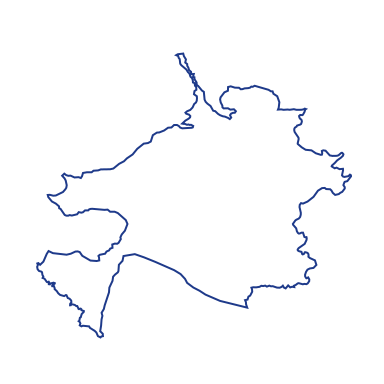 Thota-ea-Moli, Maseru, Lesotho, rotated 86°
{"feature_id": "5366337B11591763594047", "entity_name": "Thota-ea-Moli", "entity_type": "district", "adm_level": 2, "iso_a3": "LSO", "parent_name": "Lesotho", "parent_adm1": "Maseru", "projection": "orthographic", "projection_center": [27.504, -29.453], "detail": "fine", "context": "isolated", "style": "outline", "palette": "blue", "viewbox_px": 384, "rotation_deg": 86, "n_neighbors": 0, "source": "geoboundaries", "source_scale": "gbopen_adm2", "svg_char_len": 5951}
<svg xmlns="http://www.w3.org/2000/svg" viewBox="0 0 384 384"><g transform="rotate(86 192 192)"><path d="M329.6,290.9L327.2,290.9L324.5,293.3L318.9,292.0L312.7,291.1L309.3,290.0L306.2,290.6L302.6,288.1L299.0,287.0L286.3,281.8L281.6,281.1L275.1,277.5L271.0,276.6L269.0,274.5L267.0,271.6L265.7,270.9L259.5,270.0L255.8,266.1L251.1,264.8L250.0,253.4L253.8,244.5L259.1,233.6L268.7,215.3L273.1,209.1L278.2,205.0L282.3,203.2L287.4,197.3L291.0,191.4L295.3,185.7L302.6,171.6L311.2,145.0L307.8,145.9L305.6,145.9L303.6,146.6L303.2,144.1L300.3,143.0L299.4,141.2L295.7,138.9L293.3,138.9L291.6,139.4L291.3,137.6L291.6,134.7L291.3,131.2L290.4,129.4L290.8,127.6L290.5,125.5L291.6,123.9L290.8,121.4L291.6,119.8L291.6,118.0L293.3,113.9L293.6,111.2L292.9,109.2L291.8,107.9L293.8,106.9L294.7,105.3L291.9,102.6L294.0,100.7L293.5,98.7L294.0,96.6L292.6,96.8L291.9,94.9L290.6,93.0L290.4,91.9L291.8,87.8L291.5,86.5L291.9,84.2L291.2,82.9L289.1,81.3L287.3,81.1L285.3,82.1L286.1,83.6L286.0,84.0L284.2,85.0L282.5,85.0L279.6,83.8L277.5,82.2L276.5,79.8L276.2,76.1L273.4,73.0L268.8,74.1L266.1,79.0L264.7,80.4L263.0,80.1L261.9,80.3L260.8,81.0L260.0,82.9L260.0,83.7L261.5,84.6L262.0,85.8L261.6,86.4L259.3,87.0L258.6,89.2L257.9,90.3L257.4,90.6L256.7,90.6L255.4,89.5L251.6,83.2L247.8,81.1L246.1,80.8L245.0,81.0L245.1,82.0L244.7,83.0L240.3,84.1L240.2,85.7L240.9,87.4L240.9,88.4L240.2,89.2L238.5,90.1L235.5,90.6L231.8,93.4L230.9,93.6L227.6,90.9L226.9,89.8L226.0,87.4L224.5,85.9L222.3,85.1L220.3,84.9L214.5,85.8L212.3,85.4L210.7,84.0L211.3,82.1L209.6,77.4L205.3,71.1L199.5,66.3L197.2,62.0L197.2,59.3L198.4,58.0L198.9,54.0L200.2,52.8L202.7,51.6L204.9,49.4L204.3,45.7L203.2,44.2L202.3,42.1L199.2,39.4L197.8,39.3L195.7,40.5L192.9,39.3L192.5,38.9L192.0,36.3L187.5,32.3L186.4,32.3L185.7,33.2L187.1,34.9L187.6,39.0L187.0,40.4L185.8,41.2L180.9,39.8L179.4,39.8L179.5,43.2L177.8,46.1L178.3,48.0L176.2,50.9L175.4,50.6L173.0,47.5L170.6,45.0L168.2,41.1L166.4,38.9L164.9,38.3L163.5,39.3L163.3,39.7L163.5,40.5L165.6,43.3L166.0,45.0L165.8,49.3L165.1,52.0L160.1,55.9L159.6,58.2L160.1,59.6L162.5,59.4L163.8,59.8L163.9,60.9L162.0,65.8L158.8,69.9L157.8,75.7L155.1,79.4L151.5,83.1L150.9,83.2L146.6,81.9L145.2,82.0L139.3,85.4L137.7,85.7L136.3,85.6L135.0,84.9L134.0,83.1L133.1,82.6L132.2,79.1L131.7,78.4L129.5,77.5L128.2,77.6L127.4,77.9L126.6,78.9L125.4,79.6L123.7,79.9L122.7,78.7L123.0,76.6L122.7,76.0L120.0,74.2L117.6,73.3L117.2,72.6L116.7,73.7L117.3,74.9L117.6,76.9L117.3,82.1L116.5,84.6L116.8,88.7L116.4,91.0L116.4,94.9L115.8,97.3L115.8,100.5L113.9,99.6L108.5,98.6L102.4,100.3L99.7,103.9L97.2,104.6L97.1,106.2L95.4,108.5L90.4,122.1L91.3,124.1L91.0,125.5L92.0,126.9L92.3,128.7L92.3,132.3L92.9,134.4L92.9,136.2L91.3,137.8L90.9,141.9L89.3,146.0L89.8,148.7L93.5,149.1L94.8,152.7L99.6,156.9L101.6,157.5L104.7,157.1L107.9,155.7L109.7,155.7L110.8,154.6L111.0,150.3L112.5,148.0L112.4,144.4L114.5,142.6L115.9,143.7L115.9,145.7L116.6,147.6L118.0,148.7L120.5,147.7L121.9,149.2L120.6,150.9L119.1,153.9L118.6,156.0L117.3,158.7L115.8,160.7L113.0,163.2L112.4,165.2L107.5,167.5L104.9,170.5L103.0,172.1L100.7,173.0L92.9,173.2L91.5,175.0L86.7,178.4L85.5,179.8L83.0,179.8L79.7,181.6L77.7,181.6L77.4,183.0L74.4,182.0L74.4,184.5L72.0,184.6L70.2,186.4L67.6,187.0L65.9,187.9L64.0,187.9L62.4,189.7L59.3,188.8L55.9,190.6L53.3,191.1L53.6,196.6L54.4,198.2L55.4,196.3L57.3,195.9L58.6,195.0L63.2,194.8L64.8,193.8L69.4,189.1L72.1,187.7L73.6,186.3L76.8,185.5L78.6,183.9L81.0,183.4L82.8,183.4L83.6,181.8L86.2,181.6L87.6,180.5L90.3,180.5L91.5,182.5L94.6,183.2L96.8,180.5L98.8,180.5L101.3,180.9L103.0,181.8L104.4,183.7L107.7,185.5L110.0,188.0L111.1,191.2L112.4,193.0L113.5,192.3L114.6,189.6L116.1,188.4L117.4,188.7L118.6,190.2L120.3,193.6L123.1,197.0L123.5,195.4L123.4,194.7L124.6,192.3L124.4,190.8L124.9,189.9L124.9,188.3L126.2,186.2L127.6,186.7L127.9,187.8L127.8,197.3L126.9,199.3L125.3,200.5L124.1,202.3L123.9,205.2L126.2,208.0L126.2,211.4L128.7,215.5L130.3,220.5L130.3,222.9L132.6,227.1L138.8,229.6L140.1,232.5L140.4,236.8L145.1,243.6L150.4,248.6L153.9,254.6L156.6,257.7L158.8,262.7L163.1,268.8L163.6,272.1L163.1,281.4L163.9,284.1L163.9,288.8L165.3,290.7L165.0,295.6L165.4,299.4L168.6,300.6L170.3,301.9L169.3,304.1L169.3,308.2L167.2,312.0L167.2,314.3L166.4,316.3L164.8,318.1L166.7,320.4L169.5,318.2L171.7,317.2L176.5,316.5L179.0,317.1L180.5,318.2L183.0,320.7L186.0,328.1L186.0,330.7L184.9,334.0L184.9,336.1L187.1,335.7L191.7,332.4L194.1,328.6L197.0,325.7L199.0,325.6L199.7,324.3L206.0,320.6L206.8,319.1L207.0,317.2L206.5,315.7L207.1,313.5L206.2,308.1L204.2,306.4L204.9,303.8L204.6,302.2L202.9,300.0L203.1,296.8L202.1,295.7L201.8,294.3L201.8,292.7L203.7,280.6L203.7,277.4L206.0,275.0L206.3,270.5L207.8,267.5L215.4,260.0L219.4,258.6L225.9,261.6L229.4,265.0L230.6,265.7L232.3,266.6L234.0,266.3L237.6,268.8L238.4,270.2L238.1,272.6L238.8,275.2L242.1,275.2L242.8,277.6L244.5,278.8L245.4,281.4L247.5,283.0L248.2,288.4L249.3,289.8L250.6,289.3L253.8,289.3L254.2,291.9L253.3,298.1L248.0,305.9L244.1,308.2L243.3,310.2L243.3,312.5L245.1,317.2L245.8,321.5L243.3,335.0L240.9,339.2L243.6,341.2L251.1,345.1L254.0,348.6L252.2,350.2L252.5,351.3L254.0,350.8L255.9,351.7L258.3,351.4L260.1,350.1L260.9,347.9L261.6,347.2L264.3,347.0L265.9,346.2L267.3,347.0L268.2,345.2L271.6,343.1L272.0,342.3L271.5,341.2L272.2,340.8L274.0,341.2L274.2,340.2L273.4,339.7L272.8,336.4L273.4,335.2L273.9,335.4L274.8,337.4L275.5,338.0L276.2,338.0L276.3,337.0L275.6,336.5L278.4,335.7L279.3,335.8L281.4,333.8L283.7,332.5L285.5,330.7L286.9,326.8L286.0,325.0L286.2,324.4L289.1,323.3L289.9,321.6L291.8,320.1L293.6,320.0L295.0,321.3L296.5,321.5L296.5,320.8L295.7,320.1L295.7,319.1L296.5,316.8L297.7,315.4L297.8,314.4L300.8,313.3L301.0,312.9L300.5,311.6L300.7,311.0L301.3,310.5L302.2,310.5L303.2,308.2L304.0,308.3L306.1,310.6L309.2,311.7L309.6,312.6L312.6,313.4L313.0,314.0L313.8,313.1L315.3,312.5L317.2,313.3L318.3,311.7L317.8,310.2L318.9,304.0L320.4,303.3L323.8,298.7L325.5,297.2L329.2,295.9L330.7,293.4L329.8,292.5L329.6,290.9Z" fill="none" stroke="#1e3a8a" stroke-width="2"/></g></svg>